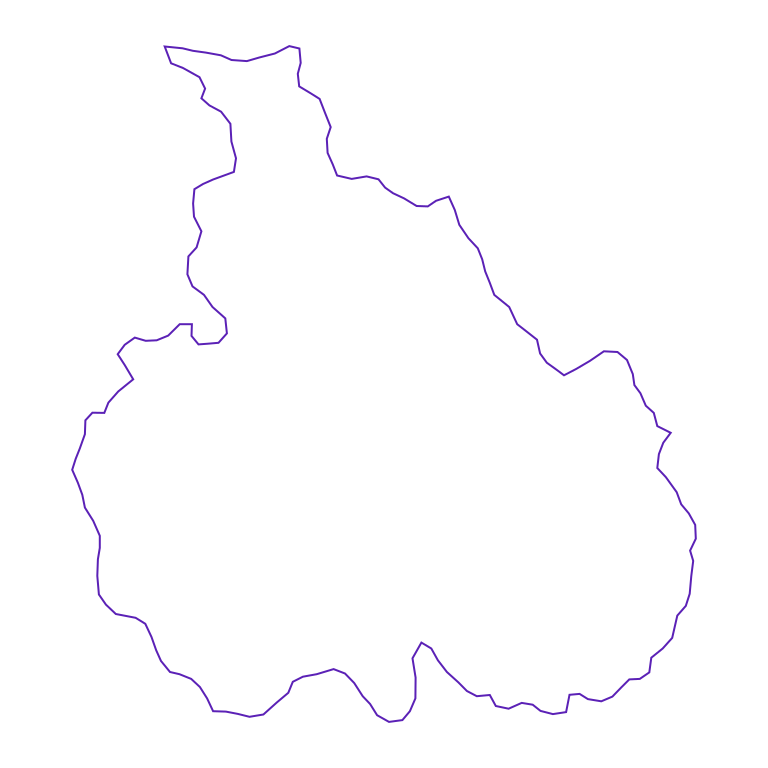 Perdigão, Minas Gerais, Brazil
{"feature_id": "56859067B61939852809090", "entity_name": "Perdigão", "entity_type": "district", "adm_level": 2, "iso_a3": "BRA", "parent_name": "Brazil", "parent_adm1": "Minas Gerais", "projection": "robinson", "projection_center": [-45.063, -19.922], "detail": "fine", "context": "isolated", "style": "outline", "palette": "violet", "viewbox_px": 768, "rotation_deg": 0, "n_neighbors": 0, "source": "geoboundaries", "source_scale": "gbopen_adm2", "svg_char_len": 2430}
<svg xmlns="http://www.w3.org/2000/svg" viewBox="0 0 768 768"><path d="M98.9,594.5L105.9,604.6L115.8,614.0L135.6,617.8L145.3,623.8L151.5,637.0L156.2,650.3L161.0,661.0L170.0,672.0L179.5,674.2L191.2,678.9L199.9,687.0L207.1,698.4L213.1,711.2L225.9,711.6L237.8,713.9L249.5,716.8L263.4,714.5L276.9,702.4L288.3,692.8L292.8,681.8L302.9,676.7L316.7,674.2L333.6,669.1L345.0,673.5L354.2,683.0L362.7,696.2L370.1,704.0L377.1,715.2L389.0,721.9L402.4,720.1L409.9,711.2L415.4,698.4L415.6,677.6L412.5,658.3L421.4,642.6L431.3,648.5L437.9,660.3L446.9,672.0L458.3,682.3L466.9,691.0L476.8,696.2L489.8,695.0L495.8,706.0L508.6,708.7L521.7,702.9L532.7,704.7L540.5,710.9L552.9,714.1L566.1,712.1L569.5,694.8L579.6,693.9L587.9,699.1L601.3,701.3L612.4,696.6L621.3,687.4L629.3,679.4L639.8,678.9L649.3,672.4L651.3,657.7L662.7,648.5L672.2,637.9L677.3,615.6L685.8,605.9L689.7,593.8L691.3,575.9L693.2,560.9L690.1,550.6L695.8,538.7L695.2,524.9L688.8,513.4L681.2,504.3L676.7,492.2L665.9,477.2L657.3,468.0L658.9,454.1L663.3,442.7L670.7,432.8L657.3,426.1L653.8,412.9L645.8,405.7L640.4,393.2L634.4,385.1L632.8,374.1L627.0,360.0L617.5,352.0L603.9,351.3L589.9,360.9L576.1,369.0L564.0,375.3L556.5,369.7L546.8,362.7L540.1,353.5L537.0,339.7L526.7,331.6L517.2,324.2L509.2,307.0L494.3,294.9L489.8,282.8L485.2,271.4L482.2,259.3L477.8,248.3L468.4,238.2L459.3,224.8L454.8,210.0L448.8,196.6L436.0,200.8L427.8,206.4L416.6,206.0L404.1,198.4L393.0,193.2L385.1,187.6L378.5,179.3L366.6,176.4L351.7,178.9L337.1,175.5L332.8,164.5L327.6,152.9L326.8,138.8L330.7,127.1L325.2,113.3L319.6,98.9L309.7,92.7L299.2,86.4L297.8,73.8L300.7,62.9L299.4,48.5L289.3,46.1L274.9,53.5L259.3,57.5L246.9,61.1L231.5,60.0L220.9,55.3L205.9,52.6L192.9,50.8L182.6,48.3L164.7,46.5L171.1,63.3L183.0,68.0L199.5,77.2L205.1,88.6L201.4,98.3L209.4,105.4L221.1,111.7L230.4,123.8L231.4,141.5L236.0,158.3L233.9,171.9L224.6,175.3L213.1,179.5L203.0,184.0L194.4,189.2L193.1,203.5L194.0,216.7L201.4,231.3L196.6,247.4L188.4,256.4L187.4,274.3L192.5,286.4L204.0,294.9L212.5,307.0L225.3,318.4L226.9,333.4L218.5,342.8L208.0,343.7L198.5,344.4L191.5,335.9L191.9,324.2L179.7,324.2L168.2,335.6L156.7,340.3L145.7,340.8L134.8,337.6L124.7,344.8L117.7,354.2L124.7,365.0L133.2,379.3L118.3,391.4L108.4,402.6L104.3,412.9L92.4,412.7L85.4,420.3L84.9,434.2L79.8,448.5L75.7,458.8L72.2,469.8L77.9,482.8L82.3,494.8L84.9,507.6L93.2,520.8L99.8,535.8L99.8,547.9L97.9,559.3L97.3,575.9L98.9,594.5Z" fill="none" stroke="#5b21b6" stroke-width="2"/></svg>